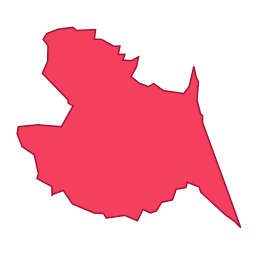 the district of Lincoln, West Virginia, United States of America, rotated 269°
{"feature_id": "52423323B93736628655391", "entity_name": "Lincoln", "entity_type": "district", "adm_level": 2, "iso_a3": "USA", "parent_name": "United States of America", "parent_adm1": "West Virginia", "projection": "orthographic", "projection_center": [-82.056, 38.16], "detail": "fine", "context": "isolated", "style": "filled", "palette": "rose", "viewbox_px": 256, "rotation_deg": 269, "n_neighbors": 0, "source": "geoboundaries", "source_scale": "gbopen_adm2", "svg_char_len": 967}
<svg xmlns="http://www.w3.org/2000/svg" viewBox="0 0 256 256"><g transform="rotate(269 128 128)"><path d="M26.4,238.9L26.7,238.8L73.2,223.0L98.7,214.1L132.2,202.6L139.1,202.8L140.8,200.8L154.7,197.4L173.0,199.3L177.4,197.1L188.5,194.9L168.5,189.9L161.5,184.4L164.7,164.2L172.0,154.4L169.0,149.2L172.8,139.7L179.4,132.0L188.9,137.5L199.0,139.8L195.3,132.6L195.9,124.0L201.7,126.2L201.7,119.5L210.1,121.4L209.9,115.4L217.2,102.7L217.3,95.9L227.0,97.3L226.4,78.3L229.6,74.6L227.9,59.5L223.7,48.2L218.2,44.8L211.6,49.5L196.0,48.8L184.2,43.3L157.3,68.4L153.7,68.8L151.2,73.5L130.5,61.4L132.8,37.3L131.2,18.3L124.1,17.1L111.1,21.9L102.8,33.8L83.9,37.7L79.1,36.1L70.7,50.9L61.4,50.9L63.0,51.6L66.7,62.2L53.1,71.1L43.6,92.6L42.9,102.1L38.3,104.7L40.7,123.2L35.1,135.8L46.2,141.5L42.7,148.8L44.6,155.0L53.1,160.3L55.3,171.1L65.9,175.1L67.4,184.8L72.6,186.4L67.9,198.0L62.4,199.8L39.4,224.0L32.7,233.0L26.4,238.9Z" fill="#f43f5e" stroke="#9f1239" stroke-width="1.5"/></g></svg>